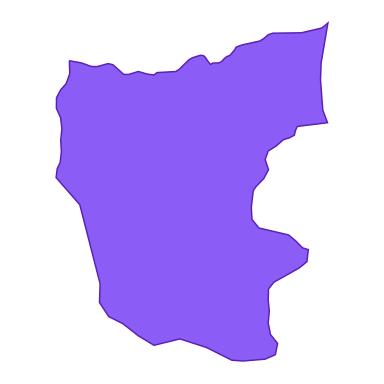 SVG path tracing the border of Giresun
{"feature_id": "TUR-2292", "entity_name": "Giresun", "entity_type": "Province", "adm_level": 1, "iso_a3": "TUR", "parent_name": "Turkey", "parent_adm1": "", "projection": "orthographic", "projection_center": [38.652, 40.562], "detail": "fine", "context": "isolated", "style": "filled", "palette": "violet", "viewbox_px": 384, "rotation_deg": 0, "n_neighbors": 0, "source": "natural_earth", "source_scale": "10m", "svg_char_len": 1264}
<svg xmlns="http://www.w3.org/2000/svg" viewBox="0 0 384 384"><path d="M69.6,60.8L81.4,62.9L91.4,66.5L97.1,66.6L108.1,63.6L112.9,64.7L123.7,74.4L128.8,74.4L138.3,71.5L147.7,74.2L154.1,74.9L156.9,72.6L175.9,71.5L179.7,68.9L188.9,59.8L192.2,57.8L200.3,55.3L203.4,55.6L204.9,56.9L208.8,62.4L210.5,64.4L213.0,63.0L217.8,63.0L220.4,62.3L222.2,60.9L224.3,58.6L226.9,56.5L229.8,55.5L234.9,49.6L235.8,47.6L236.9,46.8L242.5,44.8L259.9,41.0L264.1,38.3L268.1,34.8L272.8,33.2L301.3,32.8L321.4,28.1L323.6,26.7L327.9,23.0L321.1,63.2L320.5,79.8L322.8,110.1L327.5,122.7L297.4,126.4L295.5,130.4L294.4,135.1L289.6,137.8L283.5,139.6L276.3,145.9L268.2,151.0L265.2,159.5L268.5,169.7L263.8,178.5L256.2,186.4L253.5,190.2L253.0,192.7L251.3,207.5L252.0,219.4L258.9,228.0L288.7,235.0L295.7,240.9L302.6,247.9L308.3,249.6L306.9,261.7L299.3,267.9L274.0,282.1L268.5,289.0L268.2,299.9L269.3,311.0L268.2,323.0L270.5,334.5L277.6,343.5L275.3,354.7L265.0,359.2L242.9,361.0L231.8,360.2L206.3,347.4L179.8,338.9L154.0,345.3L138.3,335.8L122.9,323.7L108.7,316.6L99.5,302.5L100.1,283.7L79.8,204.7L56.1,177.6L57.2,168.7L60.2,162.4L61.4,151.4L60.7,140.3L61.9,128.9L60.6,117.7L56.4,108.3L56.5,97.8L60.7,89.8L66.2,83.6L69.8,73.6L69.4,62.1L69.6,60.8Z" fill="#8b5cf6" stroke="#5b21b6" stroke-width="1.5"/></svg>